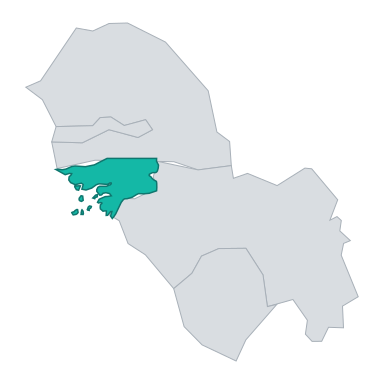 Guinea-Bissau highlighted, orthographic projection
{"feature_id": "GNB", "entity_name": "Guinea-Bissau", "entity_type": "country or territory", "adm_level": 0, "iso_a3": "GNB", "parent_name": "Africa", "parent_adm1": "", "projection": "orthographic", "projection_center": [-15.403, 11.81], "detail": "fine", "context": "with_neighbors", "style": "filled", "palette": "teal", "viewbox_px": 384, "rotation_deg": 0, "n_neighbors": 4, "source": "natural_earth", "source_scale": "50m", "svg_char_len": 3257}
<svg xmlns="http://www.w3.org/2000/svg" viewBox="0 0 384 384"><path d="M56.1,126.6L42.4,99.7L25.8,87.2L40.6,80.8L76.3,28.0L92.8,31.0L109.0,23.5L127.5,23.0L165.5,42.1L208.2,90.8L216.9,132.0L229.6,141.5L231.3,165.6L198.1,169.9L173.8,161.7L95.2,160.2L57.1,168.5L51.7,141.9L82.3,142.8L108.9,129.7L138.0,137.5L152.5,129.7L145.6,119.7L124.2,125.5L110.9,117.0L100.2,117.6L92.7,125.7L56.1,126.6Z" fill="#d9dde1" stroke="#a8b0b8" stroke-width="1"/><path d="M157.5,161.4L198.1,169.9L231.3,165.6L233.4,178.3L247.5,173.4L277.1,185.6L304.9,168.1L311.7,168.8L337.7,199.8L329.9,220.2L337.0,216.6L341.3,220.5L339.8,230.9L350.3,240.6L343.6,243.4L341.2,255.2L358.2,296.7L342.5,306.1L343.5,327.8L328.5,327.3L321.7,341.3L312.1,341.4L305.4,334.2L307.4,320.3L292.9,299.5L267.4,306.6L263.0,274.9L245.9,248.3L218.7,248.6L201.5,256.1L191.9,273.3L173.7,288.6L145.4,254.8L128.1,243.6L119.2,220.7L109.4,215.0L124.4,198.2L134.7,198.8L156.3,188.2L153.3,176.8L157.5,161.4Z" fill="#d9dde1" stroke="#a8b0b8" stroke-width="1"/><path d="M173.7,288.6L191.9,273.3L201.5,256.1L218.7,248.6L245.9,248.3L263.0,274.9L267.4,306.6L276.8,304.4L245.9,339.8L236.1,361.0L202.1,344.9L184.1,326.6L173.7,288.6Z" fill="#d9dde1" stroke="#a8b0b8" stroke-width="1"/><path d="M56.1,126.6L92.7,125.7L100.2,117.6L110.9,117.0L124.2,125.5L145.6,119.7L152.5,129.7L138.0,137.5L108.9,129.7L82.3,142.8L51.7,141.9L56.1,126.6Z" fill="#d9dde1" stroke="#a8b0b8" stroke-width="1"/><path d="M55.9,169.5L57.8,169.2L62.3,169.7L65.9,169.1L68.4,168.0L71.8,166.5L75.1,166.0L85.4,166.7L94.3,164.9L100.9,161.5L107.1,158.4L115.0,158.4L123.5,158.4L135.6,158.4L145.2,158.4L156.6,158.4L156.5,161.2L158.5,165.1L158.2,168.1L157.4,170.9L156.6,172.0L155.6,172.6L152.6,172.6L151.3,173.2L149.3,174.3L149.2,175.6L150.9,176.8L152.2,178.5L153.7,179.8L156.4,181.4L156.7,183.1L156.8,187.4L156.6,190.8L149.2,193.3L143.5,193.8L138.6,193.6L136.5,194.6L132.3,197.2L127.1,198.7L124.5,198.8L123.2,199.8L121.2,202.4L115.7,213.9L113.8,216.7L112.3,218.5L110.6,216.1L111.9,211.5L110.5,211.6L107.6,215.3L106.2,215.4L106.4,211.0L104.8,210.9L103.0,211.2L100.4,208.9L100.2,207.2L100.4,204.9L101.9,203.4L101.7,202.7L100.2,202.6L98.5,203.0L97.5,202.3L99.2,199.2L105.2,196.6L108.2,196.4L111.3,195.8L109.6,193.6L105.9,192.7L103.0,193.3L101.6,194.9L99.8,195.2L96.8,191.4L96.8,189.5L97.9,187.3L99.7,186.3L106.6,186.3L109.2,185.1L110.3,184.8L111.3,183.7L111.1,182.9L110.0,182.9L107.4,184.4L99.0,183.8L96.4,184.7L91.7,188.1L86.0,190.0L81.9,189.2L83.2,184.6L82.6,184.0L81.3,183.2L75.2,184.7L70.6,182.6L68.8,180.0L69.1,176.9L71.3,174.7L71.7,173.6L69.4,173.4L65.2,174.7L55.9,169.5ZM76.0,214.4L73.2,214.9L72.0,213.1L71.8,212.5L73.2,211.9L73.9,211.9L75.0,210.6L76.3,209.8L76.9,209.5L77.6,209.6L78.1,212.4L77.4,213.5L76.0,214.4ZM83.2,200.3L81.6,201.4L80.0,200.9L79.1,199.9L79.2,198.2L81.1,195.7L82.7,196.1L83.2,200.3ZM80.4,185.9L78.6,190.2L76.4,189.7L74.9,187.2L74.7,186.1L79.2,185.8L80.4,185.9ZM89.2,209.0L89.2,210.4L87.7,210.1L87.3,209.7L88.2,207.1L89.4,206.0L91.0,206.2L91.4,206.5L91.1,207.5L90.5,208.3L89.2,209.0ZM95.0,197.9L94.7,198.7L92.8,198.0L95.6,195.1L97.4,194.6L97.3,196.8L95.9,197.3L95.0,197.9ZM83.4,213.6L83.1,214.5L81.1,214.4L81.5,213.4L81.1,213.1L81.7,210.2L82.0,209.8L82.9,210.9L83.1,211.3L83.4,213.6Z" fill="#14b8a6" stroke="#0f766e" stroke-width="1.5"/></svg>